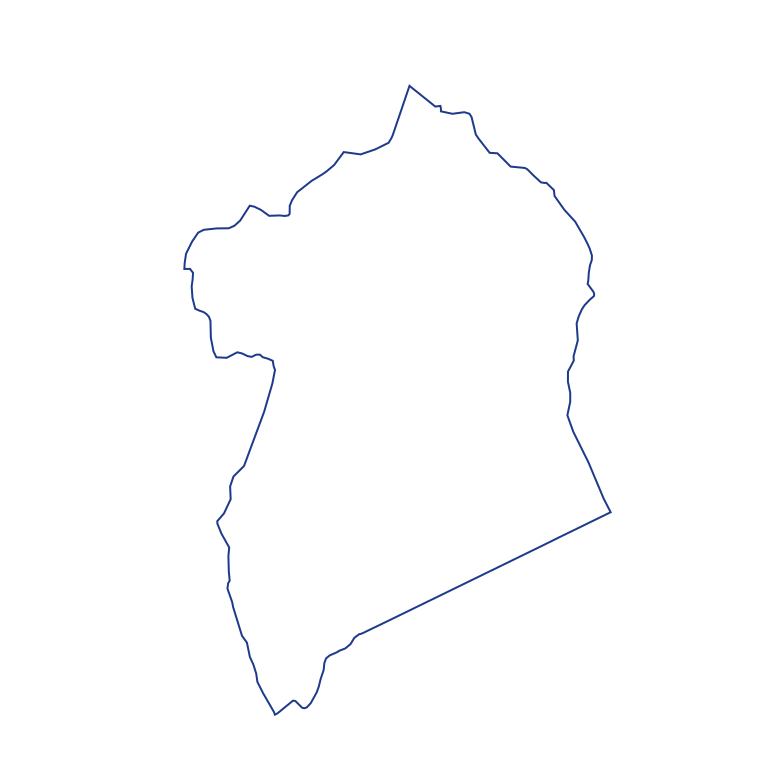 the border of Uganda, rotated 334°
{"feature_id": "UGA", "entity_name": "Uganda", "entity_type": "country or territory", "adm_level": 0, "iso_a3": "UGA", "parent_name": "Africa", "parent_adm1": "", "projection": "orthographic", "projection_center": [32.128, 1.375], "detail": "fine", "context": "isolated", "style": "outline", "palette": "blue", "viewbox_px": 768, "rotation_deg": 334, "n_neighbors": 0, "source": "natural_earth", "source_scale": "50m", "svg_char_len": 2314}
<svg xmlns="http://www.w3.org/2000/svg" viewBox="0 0 768 768"><g transform="rotate(334 384 384)"><path d="M531.5,598.6L521.6,598.6L505.6,598.6L489.5,598.6L473.5,598.6L457.4,598.7L441.4,598.7L425.3,598.7L409.3,598.7L393.2,598.7L377.2,598.7L361.2,598.7L345.1,598.7L329.1,598.7L313.0,598.7L297.0,598.7L280.9,598.7L264.9,598.6L255.4,598.6L253.5,598.4L252.2,598.0L246.1,599.1L239.9,603.1L233.2,604.7L226.1,604.1L225.2,604.5L221.6,604.4L216.4,604.1L211.7,605.2L208.1,608.6L204.4,614.6L197.8,621.3L192.7,627.4L188.3,631.7L178.3,638.7L172.9,640.8L170.2,640.5L168.5,639.1L165.4,630.1L163.4,628.7L144.0,633.3L141.0,633.4L141.3,630.5L139.8,609.3L139.6,596.3L142.2,588.2L143.6,578.8L143.8,570.5L147.4,556.4L146.0,548.0L150.6,518.4L151.9,513.6L153.6,499.3L156.5,494.8L159.1,493.1L162.4,484.3L168.8,470.3L173.2,463.1L172.3,447.3L173.0,436.6L174.0,434.2L183.4,430.2L195.7,420.3L200.8,408.6L208.1,401.2L222.3,396.3L264.2,356.3L283.8,334.7L292.2,323.6L292.6,319.7L294.2,314.4L290.8,310.4L286.7,306.7L285.4,303.3L281.9,301.6L276.9,301.6L273.6,299.1L269.8,294.3L266.0,291.2L254.1,291.5L245.0,286.5L245.1,279.7L248.7,266.4L255.7,251.2L256.1,246.9L255.1,243.3L253.4,240.3L250.3,237.2L247.3,233.6L249.6,222.6L254.0,211.8L257.6,206.5L261.1,200.4L260.1,195.5L255.0,193.1L257.7,188.2L263.2,180.1L273.9,171.9L283.3,166.5L289.6,166.4L301.8,170.8L312.8,176.0L318.9,176.2L326.3,174.1L341.5,164.9L345.2,167.8L349.6,173.4L354.5,182.5L364.0,186.7L368.7,189.6L371.9,190.5L373.8,189.7L377.4,182.5L381.8,178.6L389.9,173.6L407.9,169.7L420.7,168.5L426.1,167.6L435.2,165.3L449.5,157.9L463.7,167.4L479.0,169.3L493.9,169.2L498.4,166.3L501.0,164.1L516.6,148.4L537.6,127.2L551.7,157.1L556.6,158.8L555.9,161.4L554.7,163.9L563.9,171.1L575.3,174.9L579.3,178.6L579.7,182.6L575.9,200.0L576.6,205.0L580.3,222.5L587.1,226.4L593.1,244.1L605.2,251.5L606.9,253.7L609.8,262.2L613.5,271.6L616.4,273.7L618.1,274.3L621.7,284.2L619.7,289.8L622.5,306.7L627.0,321.9L628.3,340.0L628.4,347.9L628.2,352.8L627.2,359.7L625.1,363.7L621.2,367.6L616.9,373.7L613.2,380.2L610.9,383.4L612.7,393.2L612.2,395.7L611.2,397.0L605.8,398.5L598.8,401.1L594.5,403.7L588.5,408.7L583.7,414.0L577.3,429.8L566.6,442.1L564.8,446.2L554.8,453.5L550.3,462.6L547.5,473.6L543.6,481.6L535.1,492.5L533.2,509.7L533.4,544.1L531.2,583.2L531.5,598.6Z" fill="none" stroke="#1e3a8a" stroke-width="2"/></g></svg>